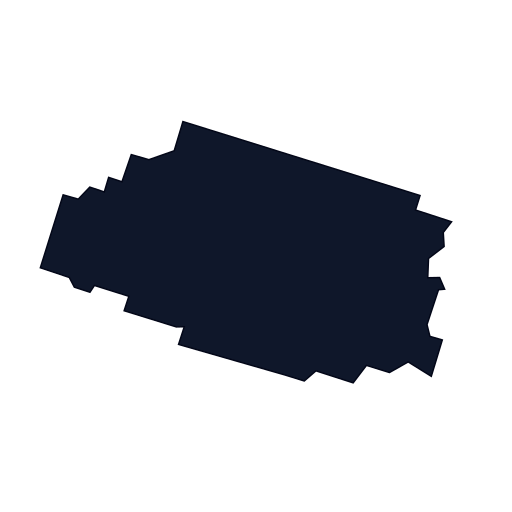 Marion, Georgia, United States of America (Robinson projection), rotated 107°
{"feature_id": "52423323B6215511480610", "entity_name": "Marion", "entity_type": "district", "adm_level": 2, "iso_a3": "USA", "parent_name": "United States of America", "parent_adm1": "Georgia", "projection": "robinson", "projection_center": [-84.513, 32.348], "detail": "fine", "context": "isolated", "style": "filled", "palette": "ink", "viewbox_px": 512, "rotation_deg": 107, "n_neighbors": 0, "source": "geoboundaries", "source_scale": "gbopen_adm2", "svg_char_len": 672}
<svg xmlns="http://www.w3.org/2000/svg" viewBox="0 0 512 512"><g transform="rotate(107 256 256)"><path d="M166.1,79.0L165.4,116.9L150.2,116.8L148.8,365.2L156.5,365.1L179.3,365.0L195.2,386.6L195.5,404.9L224.2,405.9L223.9,419.9L239.1,419.8L238.7,435.1L253.6,442.6L253.9,458.3L330.3,458.8L331.1,428.3L338.9,420.6L339.2,404.2L331.4,401.9L331.7,365.8L346.9,366.1L347.1,311.5L344.6,303.9L363.2,304.2L361.3,193.5L361.4,173.3L348.3,165.1L348.9,126.0L328.3,118.4L328.4,94.3L312.8,79.5L319.8,53.2L281.8,53.3L282.0,66.2L271.6,72.4L234.9,71.6L232.6,65.9L222.9,74.1L226.6,85.4L207.9,90.3L191.9,78.9L178.7,83.8L166.1,79.0Z" fill="#0f172a" stroke="#020617" stroke-width="1.5"/></g></svg>